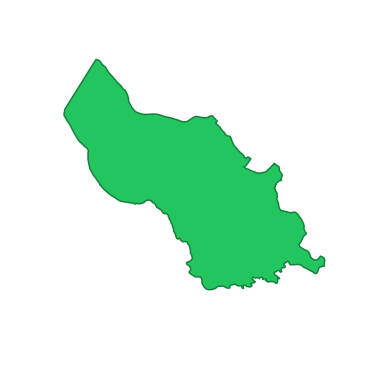 Ovia South-West, Edo, Nigeria, rotated 301°
{"feature_id": "59680162B58622494857171", "entity_name": "Ovia South-West", "entity_type": "district", "adm_level": 2, "iso_a3": "NGA", "parent_name": "Nigeria", "parent_adm1": "Edo", "projection": "natural_earth1", "projection_center": [5.256, 6.471], "detail": "fine", "context": "isolated", "style": "filled", "palette": "green", "viewbox_px": 384, "rotation_deg": 301, "n_neighbors": 0, "source": "geoboundaries", "source_scale": "gbopen_adm2", "svg_char_len": 5779}
<svg xmlns="http://www.w3.org/2000/svg" viewBox="0 0 384 384"><g transform="rotate(301 192 192)"><path d="M196.9,343.6L197.5,343.0L199.2,341.9L201.9,341.0L203.3,339.6L203.5,337.0L203.1,335.1L200.5,334.9L198.1,334.0L196.6,331.7L197.2,327.5L199.2,325.1L200.2,323.9L200.9,321.8L200.9,319.9L200.5,318.8L200.5,317.6L200.5,315.2L200.6,312.8L202.1,310.7L204.7,310.9L208.3,310.9L210.7,310.4L212.7,310.7L213.4,311.0L214.9,311.5L215.8,310.7L216.3,309.0L218.7,306.4L220.1,306.0L222.3,303.9L224.0,301.2L225.4,299.0L226.1,296.5L226.6,296.0L226.8,295.2L227.2,294.6L227.4,293.8L227.7,292.6L227.8,291.5L227.7,290.6L227.1,289.6L226.1,288.6L225.6,287.9L224.4,285.9L224.0,283.6L223.4,281.9L222.7,279.9L222.0,278.1L222.5,276.6L222.8,275.6L224.3,273.9L227.1,271.7L228.4,269.8L229.6,268.5L230.5,267.9L232.0,267.5L233.1,266.4L234.4,265.9L235.5,264.4L235.6,263.0L236.2,262.7L236.9,262.7L237.4,261.1L238.0,260.6L238.7,260.9L239.5,260.6L240.9,259.8L241.7,260.4L242.5,259.7L244.3,260.2L245.3,260.8L246.4,260.9L247.1,261.4L247.4,262.2L248.4,262.6L249.0,261.6L250.7,261.3L251.5,261.1L253.3,260.4L254.7,257.2L256.0,255.3L257.5,254.4L258.5,253.3L258.6,252.2L258.6,251.0L258.7,249.7L258.9,248.9L259.0,247.9L256.3,247.3L254.3,246.8L253.9,246.6L253.0,246.6L251.5,246.1L249.5,245.5L248.4,245.3L247.8,245.1L246.8,244.3L246.2,243.8L245.0,242.6L243.6,241.0L242.9,240.1L242.1,238.6L241.7,237.2L241.5,235.6L240.9,232.7L240.5,230.3L240.6,228.8L239.9,226.5L240.0,225.7L240.4,223.5L241.0,224.2L241.7,224.5L246.1,225.1L247.4,225.1L248.2,225.2L250.7,225.3L250.9,224.6L250.9,222.1L250.3,221.7L248.8,221.1L248.5,219.8L248.6,218.4L249.5,218.1L250.3,216.6L250.6,214.4L250.8,212.9L251.7,209.2L252.1,208.3L252.8,206.8L253.1,204.8L253.9,203.5L255.3,201.4L256.5,199.4L257.6,198.4L258.5,197.4L259.3,196.0L258.4,193.7L258.4,192.3L258.4,191.0L259.6,189.6L259.8,187.9L260.4,185.9L261.3,183.9L262.1,182.2L262.4,180.2L262.7,178.8L262.9,177.2L263.7,177.0L264.6,176.8L265.8,177.1L267.2,171.7L267.8,170.7L267.5,170.1L266.9,168.7L264.6,167.4L262.9,165.8L261.8,164.1L260.3,160.4L260.0,159.1L258.6,156.1L257.5,155.4L256.3,154.7L253.8,153.4L252.9,153.0L252.4,152.8L250.9,152.1L249.5,151.1L248.1,149.1L247.2,147.5L246.4,142.8L245.5,139.4L245.0,137.3L244.9,136.7L244.1,134.1L243.2,131.7L242.1,127.7L241.5,125.0L240.6,121.7L239.2,119.3L238.3,117.7L236.6,115.3L234.9,112.7L233.5,110.3L232.9,108.4L232.6,107.6L231.8,103.0L232.0,101.3L233.4,96.9L235.1,94.2L236.0,92.8L237.4,90.8L239.4,89.4L241.4,87.4L242.5,86.0L244.8,82.3L244.8,80.3L245.6,78.0L246.4,76.3L246.5,76.3L247.0,73.6L247.9,70.2L248.7,68.5L249.0,66.8L250.1,63.8L251.2,60.1L252.4,57.1L254.6,53.3L254.6,52.0L255.2,49.0L256.0,47.5L256.9,45.1L256.3,41.5L249.0,41.3L197.6,40.4L192.1,42.5L188.6,48.7L186.7,52.7L186.3,53.4L183.2,58.4L182.3,59.8L180.8,62.5L179.7,64.6L179.1,65.6L178.5,66.9L177.7,68.6L177.1,70.6L176.8,72.2L176.5,73.6L176.3,74.9L175.7,76.6L175.7,78.6L175.4,79.6L174.0,82.0L171.9,82.7L170.5,83.7L168.7,84.7L166.4,86.1L164.4,87.8L161.2,90.8L159.5,92.2L157.8,95.2L156.3,97.5L155.5,99.2L154.6,101.6L153.4,104.3L151.7,108.3L150.6,109.3L150.6,110.7L149.7,112.7L149.1,114.7L148.6,117.1L148.5,117.3L148.0,120.1L147.7,122.8L147.4,124.8L147.4,126.8L147.4,127.8L147.5,129.2L147.2,131.5L147.2,134.2L147.5,135.5L148.1,137.5L148.2,137.8L149.0,139.6L149.5,141.2L150.1,142.6L151.0,144.9L151.6,145.9L152.2,147.6L152.4,149.5L153.7,150.3L154.0,151.3L155.1,153.3L155.7,153.9L156.3,154.6L158.3,156.3L160.7,156.9L163.0,159.1L163.0,160.0L163.1,160.4L163.7,161.8L163.1,162.6L162.6,163.5L163.1,164.7L162.7,165.7L162.5,167.3L161.5,168.4L160.8,169.5L160.7,171.0L160.7,174.7L160.2,176.0L159.3,177.3L159.3,178.3L159.3,179.9L159.7,180.1L159.9,180.3L160.4,181.2L160.3,182.3L159.6,183.8L158.8,184.4L158.4,185.5L157.8,185.7L157.2,186.5L155.9,188.8L154.8,189.9L154.1,191.6L152.6,193.0L150.9,195.1L149.0,196.5L147.9,198.5L146.8,200.1L145.4,201.2L145.1,202.0L144.4,202.9L144.4,204.2L145.1,204.7L145.9,205.2L145.9,206.1L144.9,206.7L144.9,208.1L144.6,209.2L144.7,210.2L145.8,211.3L146.2,212.0L146.5,212.9L146.5,213.7L145.6,214.8L144.7,217.1L143.2,218.9L140.9,220.8L139.2,221.9L138.3,223.2L137.1,224.8L136.2,225.8L135.9,226.2L134.5,226.5L132.9,226.5L132.6,226.3L131.8,226.0L130.2,224.7L128.8,223.7L127.6,224.3L127.6,224.5L127.3,226.0L127.3,226.9L127.0,228.1L125.9,230.1L124.5,231.0L122.4,230.7L121.4,231.2L121.2,232.4L121.1,233.2L121.0,235.8L120.9,237.8L121.2,239.1L122.2,240.6L123.2,242.3L123.3,243.9L121.6,245.9L118.9,247.5L118.4,248.5L117.0,251.0L116.2,253.5L116.3,254.8L117.1,257.1L118.9,259.6L121.5,261.8L123.2,262.3L124.0,262.5L125.1,263.6L127.2,267.0L127.3,267.5L127.6,268.7L127.8,271.9L129.0,273.6L130.2,273.3L131.2,273.2L132.1,273.1L133.0,274.1L134.0,275.2L135.2,276.3L135.2,278.0L135.1,279.3L135.3,280.1L136.0,280.9L136.9,282.4L136.6,283.3L135.6,284.2L135.9,285.7L137.8,284.1L138.9,284.8L139.5,285.4L139.2,287.8L139.9,289.1L140.2,290.2L141.2,291.3L142.2,291.7L143.0,291.3L143.5,289.8L144.5,289.8L145.1,290.6L146.7,292.3L147.6,292.3L147.9,290.7L148.4,288.4L149.1,288.1L149.8,288.1L150.6,288.5L150.6,290.2L152.0,291.7L152.5,292.9L152.5,294.4L153.4,294.6L154.0,294.9L154.8,295.5L154.7,297.1L153.6,297.6L155.2,299.3L155.4,300.4L154.0,300.7L154.3,301.8L153.9,303.5L155.7,305.5L156.6,307.0L157.2,308.4L157.0,311.2L157.8,311.8L160.7,310.9L161.7,310.0L162.8,311.5L163.6,310.3L163.3,309.6L163.8,307.0L163.7,305.5L165.1,303.9L166.6,304.7L167.6,305.4L168.6,305.7L169.2,306.3L169.4,307.2L168.8,309.0L169.9,309.8L171.7,308.1L172.9,308.2L173.6,308.5L174.5,309.9L175.7,310.5L176.8,309.6L176.8,308.2L178.2,307.7L180.4,309.1L181.9,309.6L182.0,311.0L180.7,312.2L180.3,314.1L181.7,315.8L182.8,317.8L184.5,320.2L185.5,322.5L185.1,326.9L185.4,329.2L185.4,331.2L185.6,334.1L185.8,336.9L185.6,337.7L185.6,339.8L187.4,341.0L189.4,340.5L190.5,340.3L193.0,339.9L196.9,343.6Z" fill="#22c55e" stroke="#15803d" stroke-width="1.5"/></g></svg>